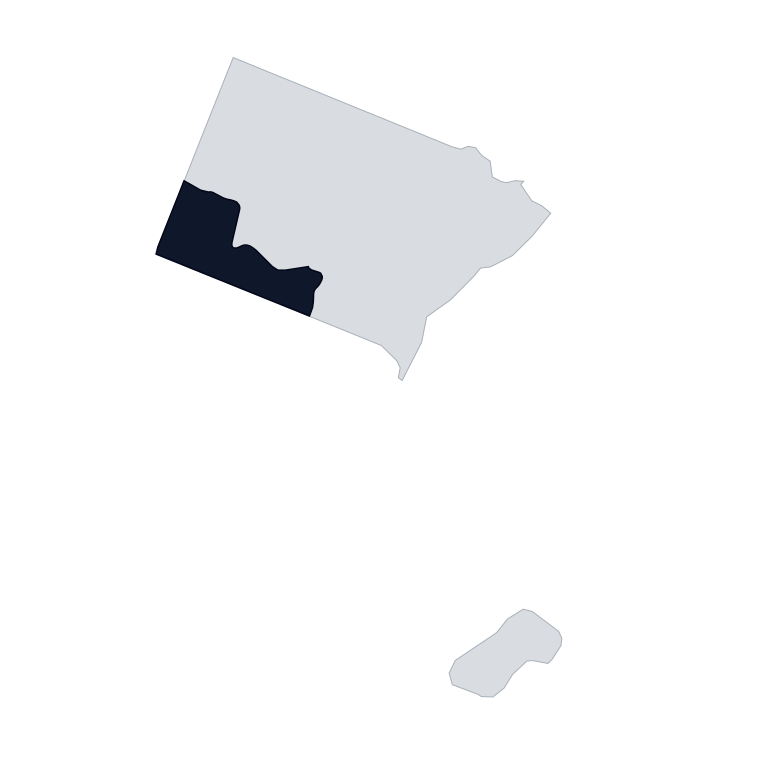 Equatorial Guinea, with Kié-Ntem highlighted, rotated 202°
{"feature_id": "GNQ-1469", "entity_name": "Kié-Ntem", "entity_type": "Province", "adm_level": 1, "iso_a3": "GNQ", "parent_name": "Equatorial Guinea", "parent_adm1": "", "projection": "orthographic", "projection_center": [10.81, 1.949], "detail": "fine", "context": "in_parent", "style": "filled", "palette": "ink", "viewbox_px": 768, "rotation_deg": 202, "n_neighbors": 0, "source": "natural_earth", "source_scale": "10m", "svg_char_len": 1698}
<svg xmlns="http://www.w3.org/2000/svg" viewBox="0 0 768 768"><g transform="rotate(202 384 384)"><path d="M644.9,418.8L645.1,460.7L645.3,496.1L645.6,534.5L645.8,574.4L646.0,608.3L646.1,630.2L609.1,630.0L559.9,629.9L510.7,629.7L461.5,629.6L436.8,629.5L409.6,629.4L400.8,630.5L394.8,636.0L387.6,637.3L379.2,632.6L369.0,630.3L366.2,625.4L361.1,616.5L351.0,615.6L345.9,616.5L338.6,621.6L330.4,624.3L332.0,620.2L315.8,609.3L304.1,608.2L293.4,604.8L302.1,576.4L313.0,551.2L329.3,532.3L337.9,527.7L340.8,518.3L353.7,487.3L369.6,462.2L364.7,436.7L368.5,394.0L373.1,395.2L373.9,399.2L375.1,405.2L381.1,410.5L400.9,418.7L460.1,418.8L495.4,418.8L547.6,418.8L602.9,418.8L644.9,418.8ZM176.5,130.7L180.9,131.4L208.0,130.8L215.3,140.3L214.4,154.4L186.5,195.5L181.3,212.8L170.5,227.4L161.2,228.6L129.2,220.0L123.8,214.7L121.9,207.7L125.1,191.3L127.4,186.3L142.8,183.2L147.8,180.6L156.0,162.9L158.8,146.9L165.7,134.7L176.5,130.7Z" fill="#d9dde1" stroke="#a8b0b8" stroke-width="1"/><path d="M478.6,419.1L481.3,419.1L535.4,419.1L589.6,419.1L643.7,419.1L645.0,426.0L645.1,440.6L645.4,488.0L645.5,497.5L645.4,497.5L626.6,495.0L618.8,496.2L616.7,497.2L614.5,497.5L603.0,496.3L599.0,496.5L595.4,497.2L591.8,497.6L588.8,497.5L585.8,495.9L584.2,494.3L583.3,492.1L578.0,458.3L577.2,455.8L576.0,454.4L574.4,453.8L571.9,454.7L570.2,456.1L567.3,459.2L565.5,460.6L563.0,461.5L560.1,461.8L555.5,460.9L552.3,459.9L531.6,451.1L526.6,450.1L524.8,449.9L518.3,452.5L498.1,464.5L497.1,463.3L493.9,462.6L486.2,463.2L484.2,463.0L482.2,461.1L481.8,461.0L481.0,459.4L480.7,457.0L481.1,452.8L481.8,450.1L483.3,446.5L483.6,444.3L483.2,441.7L480.4,434.0L478.9,428.1L478.6,419.1Z" fill="#0f172a" stroke="#020617" stroke-width="1.5"/></g></svg>